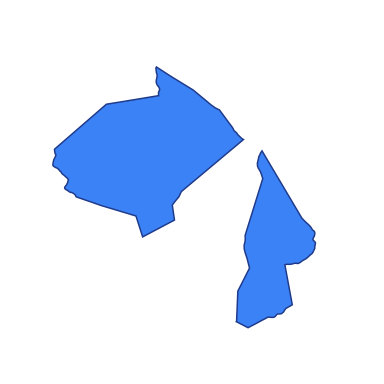 Santa Ana, Francisco Morazán, Honduras, rotated 28°
{"feature_id": "27666195B74591275827965", "entity_name": "Santa Ana", "entity_type": "district", "adm_level": 2, "iso_a3": "HND", "parent_name": "Honduras", "parent_adm1": "Francisco Morazán", "projection": "orthographic", "projection_center": [-87.221, 13.924], "detail": "fine", "context": "isolated", "style": "filled", "palette": "blue", "viewbox_px": 384, "rotation_deg": 28, "n_neighbors": 0, "source": "geoboundaries", "source_scale": "gbopen_adm2", "svg_char_len": 5272}
<svg xmlns="http://www.w3.org/2000/svg" viewBox="0 0 384 384"><g transform="rotate(28 192 192)"><path d="M101.9,98.3L101.9,98.6L101.9,98.8L101.9,99.1L102.0,99.3L102.0,99.5L102.2,99.9L102.2,100.0L102.5,100.4L103.0,101.1L104.1,102.7L104.6,103.3L104.8,103.7L104.9,103.8L105.0,103.9L105.3,104.0L105.5,104.1L105.7,104.3L105.9,104.6L106.1,104.8L106.3,105.2L106.4,105.5L106.6,105.8L106.8,106.3L107.0,106.6L107.1,107.0L107.3,107.5L107.5,108.3L107.7,109.1L107.9,109.8L108.2,110.5L108.4,111.1L108.6,111.3L108.8,111.7L108.9,111.8L109.0,112.0L109.2,112.3L109.4,112.5L109.6,112.7L109.9,112.9L110.1,113.1L110.6,113.5L110.8,113.7L111.2,113.9L111.4,114.1L111.6,114.2L111.8,114.3L112.1,114.4L112.5,114.5L112.8,114.6L113.1,114.8L113.3,114.9L113.4,115.0L114.0,115.3L114.3,115.6L114.5,115.8L114.7,116.0L114.9,116.1L115.2,116.4L115.2,116.5L115.3,116.6L115.4,116.8L115.4,117.0L115.5,117.8L115.6,118.9L115.6,119.3L115.7,119.8L115.8,120.0L115.9,120.3L116.0,120.5L116.2,120.8L116.4,121.0L116.5,121.2L116.7,121.8L116.8,121.9L116.9,122.0L117.1,122.3L117.3,122.6L75.2,154.7L50.5,218.8L50.8,219.3L51.0,219.6L51.2,219.9L51.3,220.1L52.1,221.1L52.5,221.5L52.7,221.9L53.1,222.3L53.3,222.4L53.4,222.5L53.5,222.6L53.9,222.7L54.0,222.8L54.2,223.0L54.3,223.1L54.5,223.4L54.5,223.6L54.6,223.8L54.6,224.1L54.7,224.3L54.7,224.7L54.8,225.5L54.8,226.1L54.8,226.7L54.8,227.0L54.8,227.8L54.8,228.1L54.9,228.3L54.9,228.5L55.0,229.1L55.0,229.3L55.2,229.9L55.3,230.2L55.5,230.9L55.7,231.6L55.9,232.1L56.1,232.6L56.2,232.8L56.5,233.4L56.6,233.6L56.7,233.8L56.8,233.8L57.0,234.0L57.3,234.1L57.7,234.2L58.1,234.3L58.7,234.4L59.2,234.4L59.6,234.4L60.4,234.4L60.7,234.4L61.2,234.3L61.5,234.2L61.8,234.3L62.1,234.3L62.5,234.4L62.8,234.4L63.1,234.5L63.7,234.7L64.2,234.9L64.7,235.1L65.0,235.2L65.3,235.4L65.7,235.5L65.9,235.6L66.1,235.6L66.3,235.6L66.5,235.7L66.9,235.8L67.1,235.9L67.3,236.0L67.7,236.3L67.8,236.4L67.9,236.5L68.1,236.6L68.4,236.7L68.7,236.8L69.2,237.0L69.5,237.0L69.9,237.1L70.6,237.2L71.1,237.3L71.5,237.4L71.8,237.4L72.1,237.5L72.3,237.6L72.7,237.7L73.0,237.8L73.9,238.0L74.4,238.1L75.2,238.3L75.9,238.6L76.3,238.7L76.5,238.8L76.8,238.9L76.8,239.0L77.0,239.2L77.1,239.3L77.2,239.7L77.3,240.1L77.3,240.5L77.4,240.9L77.5,241.1L77.5,241.3L77.6,241.5L77.8,241.8L77.8,242.0L77.8,242.5L77.8,243.2L77.8,244.2L77.8,244.9L77.6,246.1L77.4,246.9L77.4,247.3L77.4,247.5L77.5,247.8L77.6,248.1L77.8,248.4L78.0,248.5L78.3,248.8L78.5,248.8L79.3,249.0L79.9,249.0L81.0,249.1L81.4,249.1L82.1,249.2L83.1,249.3L83.5,249.4L84.2,249.4L84.6,249.4L84.9,249.4L85.0,249.4L85.3,249.2L85.5,249.1L85.8,249.0L86.0,248.9L86.4,248.9L86.6,248.9L87.3,248.9L87.6,248.9L88.5,249.0L89.0,249.0L89.5,249.1L90.1,249.4L90.8,249.7L90.9,249.8L91.0,249.9L91.1,250.0L91.3,250.2L91.4,250.3L91.5,250.3L91.7,250.5L91.9,250.6L92.0,250.6L92.3,250.6L92.5,250.6L119.2,246.4L153.8,239.5L169.2,254.5L169.5,254.8L189.7,225.0L180.7,212.7L181.5,208.0L182.1,205.1L182.7,202.3L182.4,196.6L212.8,121.5L210.8,121.4L209.1,120.9L207.4,120.4L205.7,120.0L204.2,119.1L202.9,118.6L201.5,118.4L200.0,117.9L198.5,116.7L196.3,115.5L191.3,113.2L177.6,106.6L175.5,106.8L173.0,106.8L170.6,106.5L168.3,106.2L164.9,105.5L145.2,101.4L119.1,99.8L101.9,98.3ZM234.5,122.8L234.2,125.4L234.4,127.1L234.4,129.3L235.2,132.1L236.2,135.9L237.7,138.4L239.3,139.8L241.7,141.2L243.5,142.5L246.0,144.8L248.2,147.0L259.3,205.4L261.2,208.7L262.2,211.1L262.9,214.3L264.8,217.7L267.7,220.9L271.9,224.9L275.9,229.3L278.5,232.2L279.0,258.0L292.1,285.3L292.0,285.7L305.2,285.5L318.0,266.6L319.9,265.9L321.8,265.0L323.1,264.2L323.9,262.8L324.2,261.2L324.5,260.0L325.2,259.3L326.5,258.6L327.6,257.9L328.3,257.1L328.7,256.0L329.2,254.8L329.2,253.5L329.5,250.8L333.5,244.5L308.2,212.7L308.5,212.3L308.8,212.0L309.0,211.8L309.3,211.6L310.2,211.0L310.7,210.8L311.4,210.4L311.9,210.2L312.5,209.8L312.9,209.5L313.1,209.4L313.4,209.2L314.1,208.7L314.3,208.5L314.4,208.4L314.6,208.2L315.0,207.7L315.3,207.5L315.5,207.3L315.7,207.1L316.1,206.8L316.4,206.6L316.7,206.4L317.0,206.2L317.3,206.1L317.6,206.0L317.8,205.9L318.1,205.8L318.4,205.7L318.6,205.6L318.9,205.5L319.1,205.3L319.3,205.2L319.5,205.0L319.6,204.9L319.7,204.7L319.8,204.6L320.2,204.0L320.4,203.6L320.7,203.2L320.9,202.8L321.1,202.3L321.3,201.8L321.4,201.6L321.5,201.4L321.7,201.0L322.5,199.7L322.8,199.2L323.2,198.6L323.5,198.1L323.6,197.9L323.9,197.6L324.0,197.3L324.2,196.9L324.3,196.7L324.8,195.4L325.1,194.6L325.5,193.3L325.8,192.7L325.9,192.2L326.2,191.6L326.4,191.2L326.6,190.6L326.8,190.2L326.9,189.9L326.9,189.6L327.0,189.2L327.0,188.9L327.1,188.7L327.1,188.2L327.0,186.9L327.0,186.1L327.0,185.4L326.9,184.6L326.9,184.3L326.8,184.2L326.7,183.8L326.6,183.7L326.5,183.4L326.4,183.3L326.2,183.0L326.1,182.7L325.4,180.4L325.1,179.4L324.9,179.1L324.8,178.9L324.7,178.8L324.6,178.7L324.4,178.5L324.1,178.4L323.4,178.2L322.9,178.0L321.8,177.6L321.5,177.5L321.3,177.4L321.2,177.4L321.1,177.2L320.9,177.0L320.9,176.8L320.8,176.6L320.8,176.3L320.7,176.1L320.7,175.9L320.7,175.6L320.7,175.0L320.7,174.7L320.7,174.1L320.7,173.8L320.6,173.1L320.5,172.6L320.4,172.4L320.4,172.2L320.2,171.7L319.9,171.0L319.7,170.6L319.6,170.4L319.4,170.1L319.2,169.9L318.9,169.6L318.6,169.5L318.4,169.3L318.1,169.2L315.9,168.8L314.5,167.8L312.4,166.8L309.8,166.0L307.3,165.4L304.3,164.5L301.3,163.5L234.5,122.8Z" fill="#3b82f6" stroke="#1e3a8a" stroke-width="1.5"/></g></svg>